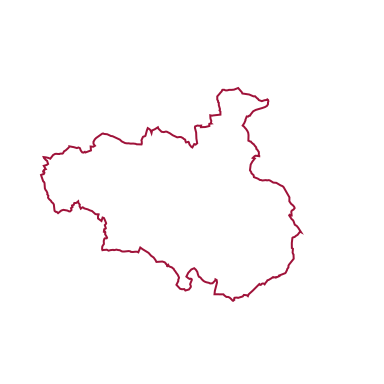 Poienarii De Muscel, Arges, Romania (Albers equal-area conic projection), rotated 320°
{"feature_id": "2599482B33398207909803", "entity_name": "Poienarii De Muscel", "entity_type": "district", "adm_level": 2, "iso_a3": "ROU", "parent_name": "Romania", "parent_adm1": "Arges", "projection": "albers", "projection_center": [25.065, 45.199], "detail": "fine", "context": "isolated", "style": "outline", "palette": "rose", "viewbox_px": 384, "rotation_deg": 320, "n_neighbors": 0, "source": "geoboundaries", "source_scale": "gbopen_adm2", "svg_char_len": 5999}
<svg xmlns="http://www.w3.org/2000/svg" viewBox="0 0 384 384"><g transform="rotate(320 192 192)"><path d="M249.7,292.8L250.4,287.5L250.4,285.3L249.7,283.1L251.0,279.7L251.2,278.3L250.9,276.9L251.4,272.4L252.1,272.2L252.6,273.7L253.2,274.1L255.3,271.0L256.4,270.4L258.6,270.7L260.3,270.3L260.7,269.2L260.8,267.4L260.3,264.7L260.6,261.7L263.2,258.7L265.3,247.1L265.1,245.7L264.1,243.8L262.5,239.2L260.3,237.0L259.2,233.5L258.5,232.3L256.9,231.3L256.3,230.4L253.3,228.4L252.5,227.1L251.8,226.5L251.0,224.0L249.0,220.4L250.0,218.7L249.6,215.9L250.1,214.9L250.4,212.6L254.6,208.7L257.8,207.5L261.6,206.7L260.5,205.0L262.9,204.8L264.1,205.1L266.5,207.8L266.9,207.3L267.0,206.4L268.2,205.3L269.0,204.0L269.0,202.7L269.2,202.0L269.1,201.4L269.2,200.9L269.0,200.3L269.9,199.0L269.8,198.5L269.9,197.6L269.8,197.3L270.0,194.9L269.7,194.4L269.6,193.2L269.4,192.6L269.5,191.2L269.0,190.7L268.2,188.9L271.9,184.7L273.2,182.6L273.7,180.5L273.9,178.3L273.8,176.5L273.9,175.6L273.5,173.7L276.4,172.8L279.0,171.5L279.2,171.1L282.5,169.3L283.5,170.3L284.5,170.2L284.9,170.4L285.3,170.8L285.8,170.8L286.3,170.4L290.7,169.5L293.6,170.1L300.0,172.9L302.7,173.9L304.9,174.2L306.6,173.6L307.8,172.2L308.7,171.7L309.4,170.5L309.2,169.5L308.7,169.7L306.5,168.3L303.9,167.3L302.3,164.6L302.4,162.9L302.2,162.7L301.8,159.1L300.9,158.6L300.3,157.7L298.5,154.1L293.9,148.9L294.3,147.5L294.2,142.0L290.0,140.6L287.8,139.1L285.9,137.5L284.7,137.0L283.4,136.1L282.9,135.5L282.3,134.3L281.0,133.3L280.7,133.3L279.4,134.0L277.5,134.2L276.8,134.4L272.8,135.0L270.8,137.4L270.5,139.0L269.8,139.9L269.9,140.8L268.3,142.8L266.8,146.3L266.6,146.6L265.6,147.1L265.5,148.6L263.5,151.0L257.2,146.8L256.5,146.5L255.3,145.0L253.5,147.4L252.9,148.7L252.7,149.5L252.3,150.1L250.6,151.5L250.7,151.9L249.1,150.9L248.9,151.0L247.7,152.6L244.0,150.8L240.5,148.1L241.7,147.0L240.2,146.0L238.9,144.6L236.5,143.8L235.5,144.7L233.4,149.1L229.7,153.9L227.3,158.0L225.2,158.0L224.5,156.7L220.9,158.1L220.5,157.0L220.6,154.0L221.5,152.0L221.5,151.3L219.3,150.2L219.5,149.2L220.3,147.8L220.3,147.0L219.8,146.0L219.7,144.8L218.9,142.9L218.0,142.0L215.8,140.6L213.7,136.1L212.8,132.8L211.4,129.5L210.6,128.8L208.9,128.0L207.4,126.3L207.0,121.9L207.5,120.5L203.7,120.0L201.0,119.2L198.9,120.8L199.9,118.1L199.8,116.4L199.2,114.6L196.9,115.9L192.5,119.0L191.8,119.0L190.3,118.3L189.7,118.3L186.5,119.9L186.2,120.7L184.6,122.7L183.9,123.1L180.2,119.8L179.8,118.9L178.1,117.1L175.9,115.3L174.7,113.9L173.5,113.0L172.2,111.5L170.7,108.1L170.4,105.5L167.0,98.2L165.9,97.0L164.2,93.3L161.9,90.9L161.5,90.0L160.6,89.6L153.3,89.0L151.4,89.2L148.8,90.2L147.6,91.7L147.4,92.9L147.4,94.2L145.5,93.9L143.6,92.0L141.3,95.2L135.7,93.2L135.5,92.7L135.6,92.3L134.1,92.0L133.4,91.1L133.4,89.7L133.5,88.6L134.3,86.4L133.6,84.9L132.1,84.4L130.3,81.7L127.5,78.3L127.4,78.5L125.1,78.8L122.1,78.9L120.0,78.6L118.7,79.2L117.9,79.4L117.2,79.2L116.6,78.6L115.5,77.8L114.9,77.7L113.1,76.1L112.5,75.4L111.5,74.8L109.4,74.4L104.8,75.4L104.0,73.7L102.4,71.6L100.8,69.9L100.5,70.8L100.6,73.4L101.0,75.0L99.8,78.0L98.2,77.9L95.3,76.7L94.7,80.2L94.3,79.8L94.0,80.0L93.0,80.0L92.6,80.7L91.9,80.8L91.7,80.3L91.3,80.4L91.0,80.7L91.3,81.4L91.3,82.4L90.6,82.8L89.8,83.0L89.2,82.5L87.3,81.9L86.7,83.4L84.9,88.1L84.9,88.4L85.1,88.9L84.8,90.3L81.6,94.7L81.2,96.1L81.1,97.9L80.5,100.0L79.6,100.8L79.6,102.4L78.1,103.8L78.0,104.6L78.0,106.0L78.3,108.0L78.0,109.5L78.3,111.1L78.3,111.8L78.1,112.8L74.9,117.6L74.6,118.3L74.9,119.7L75.6,120.3L75.8,122.1L80.0,122.2L82.0,123.0L84.6,126.1L85.4,127.9L86.1,128.5L88.0,128.4L88.4,127.9L88.9,126.6L90.7,126.8L90.9,126.7L91.1,125.7L91.4,125.2L93.2,125.8L94.7,124.8L95.1,125.0L95.8,125.7L96.5,126.0L98.8,126.0L98.0,127.2L97.9,129.6L96.8,130.5L96.1,133.3L98.2,133.3L98.8,134.2L98.9,135.3L101.0,138.3L101.9,140.3L103.2,142.4L103.8,146.8L104.6,147.8L105.8,148.7L106.1,149.1L104.3,150.2L103.0,151.9L104.0,156.0L107.1,154.1L107.8,155.3L107.3,157.2L106.2,160.7L105.9,161.0L103.9,161.3L102.7,164.4L102.2,164.5L100.8,164.1L99.7,165.1L99.9,166.1L99.0,166.1L99.4,167.5L98.3,168.5L97.9,171.2L97.5,172.5L96.8,172.6L95.3,171.4L94.6,171.6L92.9,172.8L91.1,175.2L89.2,175.7L88.1,176.2L86.4,178.0L86.0,179.0L86.9,179.5L89.6,181.4L90.4,183.3L92.3,184.2L94.4,185.6L94.7,186.2L95.5,186.8L97.0,187.5L98.1,189.0L99.2,190.1L100.1,192.4L100.7,193.1L101.9,194.1L105.6,196.6L106.7,198.0L106.7,198.6L108.2,200.0L110.2,201.3L111.6,202.5L112.1,203.7L116.7,201.3L117.4,204.1L119.6,210.7L119.7,214.6L120.5,217.5L120.3,220.5L119.8,222.7L124.6,226.2L125.9,228.3L126.0,229.9L125.8,230.2L126.0,230.6L126.0,231.4L125.3,232.7L125.4,233.0L125.8,233.0L126.9,232.7L126.6,234.0L127.2,235.3L127.8,236.2L128.2,237.1L128.2,238.0L128.6,238.9L128.2,240.6L128.2,242.4L128.0,243.3L127.9,246.0L127.3,248.4L126.9,249.4L124.9,250.5L124.3,251.4L120.4,253.1L120.7,258.5L121.7,259.9L123.7,261.5L123.6,263.2L127.0,264.7L129.8,264.1L130.6,263.4L131.3,261.4L135.4,259.2L135.7,258.5L135.4,257.7L135.0,257.3L134.4,257.2L133.9,256.1L133.3,253.2L137.2,251.5L141.7,250.9L144.7,251.8L145.0,254.0L144.7,256.6L143.5,259.1L142.8,261.3L143.4,262.6L143.5,263.7L143.4,265.5L143.6,266.4L143.6,267.3L144.2,269.0L145.0,270.4L146.6,272.5L147.1,273.7L148.6,274.8L149.1,275.1L153.0,274.7L153.8,274.0L154.3,275.3L153.0,277.4L146.0,282.4L143.5,284.8L150.3,290.6L150.3,291.9L150.9,294.5L152.2,295.6L152.9,297.0L153.2,299.0L153.3,301.4L153.6,301.8L155.0,301.8L155.1,301.4L156.3,300.4L156.9,300.5L158.7,301.9L159.2,302.7L163.7,304.6L165.6,304.2L167.7,306.4L167.9,307.7L169.7,306.8L175.2,306.6L184.4,305.8L184.5,307.0L185.4,307.4L185.8,307.2L186.5,307.2L187.6,307.7L188.2,308.6L188.3,309.4L190.2,308.8L191.7,308.6L193.1,308.1L194.0,308.6L197.8,309.2L199.1,309.2L199.5,309.4L199.5,309.9L201.8,311.3L201.6,311.6L204.9,312.6L205.1,312.0L211.2,314.1L212.0,314.0L214.7,312.8L215.5,312.2L217.3,311.8L218.6,310.4L219.7,310.0L227.0,308.5L229.6,305.1L229.7,304.1L230.2,303.0L232.8,300.4L232.5,299.1L235.7,295.2L239.4,291.7L240.3,291.7L241.6,292.4L243.6,292.4L245.3,292.7L249.3,291.8L249.7,292.8Z" fill="none" stroke="#9f1239" stroke-width="2"/></g></svg>